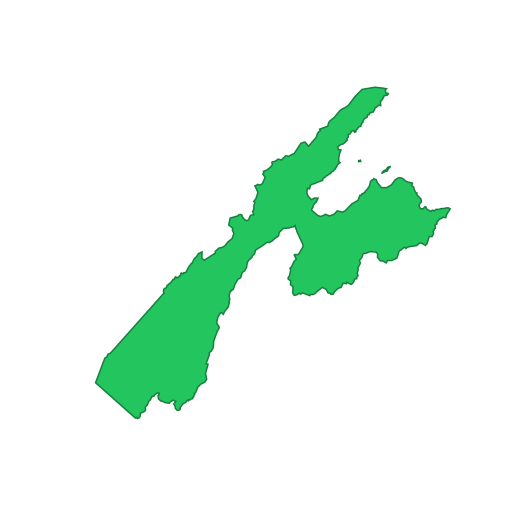 the district of Sveitarfélagið Skagafjörðu, Norðurland vestra, Iceland, rotated 67°
{"feature_id": "244011B28940040244957", "entity_name": "Sveitarfélagið Skagafjörðu", "entity_type": "district", "adm_level": 2, "iso_a3": "ISL", "parent_name": "Iceland", "parent_adm1": "Norðurland vestra", "projection": "mercator", "projection_center": [-19.345, 65.497], "detail": "fine", "context": "isolated", "style": "filled", "palette": "green", "viewbox_px": 512, "rotation_deg": 67, "n_neighbors": 0, "source": "geoboundaries", "source_scale": "gbopen_adm2", "svg_char_len": 6091}
<svg xmlns="http://www.w3.org/2000/svg" viewBox="0 0 512 512"><g transform="rotate(67 256 256)"><path d="M313.2,138.9L311.6,136.6L313.2,132.8L313.0,127.1L307.3,122.2L307.3,120.7L306.0,116.7L306.2,115.7L307.7,115.2L307.2,113.7L307.3,111.2L309.2,104.0L307.9,100.2L308.8,98.7L312.4,95.9L311.6,93.9L305.8,89.0L306.9,86.3L304.8,83.7L302.5,83.3L301.7,81.7L300.8,81.3L300.6,80.0L297.3,79.0L296.9,77.9L297.3,77.2L295.0,75.7L294.9,74.5L293.6,72.8L294.0,70.8L293.4,68.7L294.9,66.4L292.3,64.3L288.5,58.8L287.0,59.9L286.1,62.0L285.6,64.8L284.6,67.3L284.6,69.4L283.4,72.0L284.1,73.9L282.7,75.8L283.2,77.5L280.0,80.3L277.0,80.6L276.7,81.5L278.0,83.9L276.5,86.1L273.2,86.4L271.5,84.3L270.9,82.6L267.8,81.9L262.2,84.2L260.9,83.2L260.6,83.9L257.9,84.4L253.9,84.0L252.0,85.3L250.1,83.5L246.2,88.5L241.8,90.8L240.1,92.9L239.7,94.9L240.4,98.4L243.4,103.5L244.1,109.1L242.1,113.8L236.1,115.6L232.8,115.5L230.8,117.5L231.4,117.9L231.4,119.9L232.1,121.5L235.5,123.8L238.1,127.6L239.1,130.2L239.9,130.5L239.9,131.7L240.5,132.4L240.0,133.9L241.3,135.4L240.7,136.6L244.6,140.3L245.5,147.5L249.1,156.0L249.5,159.1L246.2,163.6L248.1,167.9L247.9,172.6L244.6,176.0L245.1,176.9L244.9,180.9L243.1,183.1L235.8,186.8L234.4,186.2L233.8,184.9L231.8,183.4L230.6,181.6L230.1,179.7L227.0,176.3L225.5,179.5L225.9,182.8L224.9,183.3L221.5,184.6L217.9,184.6L214.0,182.4L213.8,181.6L214.2,180.9L213.8,180.6L215.0,181.4L214.7,181.0L215.2,180.5L212.3,178.4L211.9,177.0L212.0,174.4L212.4,173.4L212.1,171.7L212.4,165.2L210.7,163.7L210.5,161.7L209.9,160.6L209.7,158.4L209.1,156.8L209.2,155.0L208.4,154.3L208.0,151.7L206.9,149.7L206.9,149.0L203.6,144.9L203.0,142.1L201.4,143.0L198.6,141.8L194.6,139.3L191.6,136.3L190.3,138.5L187.3,138.1L186.6,134.4L186.9,131.7L185.0,126.7L183.6,126.5L182.4,124.5L180.4,123.9L180.3,121.6L178.3,118.8L179.0,116.9L180.6,117.0L180.6,115.4L179.4,115.2L178.6,112.7L178.1,112.5L177.3,110.5L177.5,108.9L176.8,108.9L176.3,107.5L175.0,106.8L174.8,105.4L173.8,105.0L172.1,102.7L171.5,99.3L169.8,98.3L170.1,96.6L168.5,95.0L168.9,94.3L169.2,93.1L168.9,92.4L169.3,91.9L167.3,89.3L166.0,88.5L166.1,86.8L165.1,84.2L166.3,82.5L162.5,81.1L160.9,77.9L160.3,77.9L160.1,76.9L158.5,75.4L159.3,72.7L158.5,70.9L157.6,71.0L157.4,72.4L156.6,72.8L153.4,71.9L153.1,70.6L151.5,72.8L147.1,80.6L144.1,93.3L147.9,102.5L153.4,112.1L154.2,115.7L154.3,119.1L154.8,121.5L159.0,129.8L160.6,135.3L161.7,137.1L164.6,139.3L164.1,147.9L165.7,147.8L166.0,149.4L167.3,151.6L170.3,154.2L175.5,164.8L170.6,166.2L170.0,166.9L169.8,170.6L176.7,181.0L176.5,182.8L177.0,187.1L175.3,189.3L177.6,195.1L175.5,197.7L176.3,201.6L175.7,204.2L176.2,205.0L178.3,205.1L179.8,207.7L181.1,212.4L181.0,216.2L182.4,216.2L183.3,217.7L187.1,216.8L191.8,221.8L192.3,224.4L190.7,226.6L191.1,227.9L191.0,229.6L198.3,229.4L203.3,233.8L204.9,236.8L206.3,236.2L208.6,238.2L212.3,239.8L213.6,241.7L217.0,241.9L216.5,245.2L219.7,248.7L219.9,249.7L219.7,250.9L218.2,252.3L214.3,253.3L212.8,252.9L211.8,253.9L211.3,255.5L212.0,257.2L211.0,265.0L216.8,269.0L221.5,266.5L222.9,267.7L226.4,267.5L230.6,271.1L232.3,276.9L234.4,280.5L234.9,284.0L234.2,287.1L235.8,291.7L237.4,292.3L239.7,305.2L237.2,306.8L231.2,304.1L231.1,305.9L231.6,306.6L231.2,307.9L233.4,311.0L234.3,313.8L237.6,317.7L237.8,318.9L240.0,322.5L243.6,326.8L243.6,328.2L243.1,328.8L243.7,330.2L242.5,331.3L242.6,331.9L244.4,333.0L244.6,333.5L244.3,333.9L245.4,335.8L245.0,336.6L245.0,338.0L244.1,338.0L244.4,338.5L244.0,338.7L245.7,340.9L245.2,341.6L247.3,344.9L247.7,346.4L247.5,346.7L248.2,347.8L248.2,349.2L249.6,350.3L250.3,351.8L250.1,353.0L250.6,353.8L252.7,355.2L254.1,355.1L288.5,427.8L288.6,430.6L290.6,432.9L291.0,435.1L310.0,453.2L358.0,430.4L358.0,428.8L359.2,428.8L359.4,427.1L358.5,425.5L355.6,423.7L355.5,419.1L354.3,417.7L351.8,416.9L350.7,414.3L347.6,411.2L347.2,409.5L344.6,406.6L345.2,405.0L344.0,402.8L343.6,400.4L344.2,398.9L345.7,399.5L346.4,400.8L349.6,401.6L352.8,400.0L352.8,399.0L355.2,397.3L357.7,393.4L356.9,392.2L356.3,388.6L358.4,386.6L360.1,389.6L362.3,389.1L364.8,389.8L366.8,389.1L367.9,387.4L367.5,385.6L366.2,385.2L363.7,381.6L363.3,379.2L363.4,378.2L361.9,375.3L362.9,374.7L362.2,373.8L362.7,373.1L362.2,372.5L362.6,370.1L361.4,369.6L361.3,368.4L359.9,367.5L359.6,366.5L358.3,366.3L358.0,364.8L354.1,360.9L352.5,357.4L352.0,352.3L350.3,349.6L344.3,348.3L336.9,342.4L335.7,344.0L328.6,337.5L326.7,336.8L326.1,334.4L323.7,331.1L318.0,328.3L310.9,321.8L307.9,318.1L307.0,317.6L302.3,318.4L297.4,315.0L294.3,310.7L294.8,309.8L296.9,309.0L294.8,306.5L292.0,301.3L288.3,298.6L287.1,298.6L286.0,297.2L281.8,296.2L278.6,293.4L278.5,291.8L277.7,291.6L277.8,289.9L273.6,286.2L270.5,281.8L270.1,281.1L270.4,279.9L269.8,278.4L266.2,275.5L265.6,274.5L265.3,272.4L262.9,269.2L258.5,266.5L257.1,264.4L255.8,260.5L254.3,259.0L253.5,256.5L250.4,254.1L248.7,244.1L247.8,241.6L247.8,240.0L249.0,238.2L248.4,235.7L248.5,234.6L247.6,233.4L246.3,227.4L243.5,225.5L241.3,220.3L241.9,217.7L242.5,217.2L242.5,215.9L243.2,214.6L243.1,213.1L243.8,210.0L243.2,208.2L249.8,208.8L264.6,208.3L266.3,209.7L271.0,216.0L271.0,217.2L269.8,219.5L270.0,220.4L274.8,220.2L275.9,223.2L280.0,227.8L280.5,229.5L282.7,229.7L287.2,232.9L288.7,235.1L289.9,235.4L292.6,233.8L295.9,235.5L298.7,233.9L304.2,236.6L307.2,236.3L307.7,233.1L307.0,231.2L308.6,229.8L308.0,227.7L313.5,222.0L312.7,220.7L313.7,218.9L313.7,216.2L312.7,214.2L310.8,207.2L314.1,204.5L318.2,204.1L318.9,202.4L320.5,202.1L321.0,201.1L321.2,199.9L319.4,197.3L318.1,193.5L317.9,191.9L318.2,189.9L315.1,186.5L316.8,183.7L315.6,182.7L319.3,179.6L319.1,178.2L317.5,175.5L316.0,174.6L315.8,174.1L316.3,172.3L314.7,171.2L314.1,169.8L311.4,169.5L308.5,167.2L306.9,167.0L303.5,162.8L300.3,162.4L298.7,159.0L296.2,157.1L295.9,155.5L296.5,153.7L296.4,150.7L296.8,148.7L299.4,143.9L301.7,143.2L304.6,144.7L308.2,143.8L309.4,143.0L310.0,141.3L313.2,138.9ZM229.4,108.3L228.8,107.0L229.0,106.2L228.6,103.9L229.1,101.8L227.4,100.3L226.7,98.0L226.1,97.6L225.8,100.0L227.4,102.5L227.6,105.7L229.4,108.3ZM209.9,122.7L208.7,122.5L208.8,123.4L208.0,123.3L208.7,123.7L208.3,124.2L209.3,124.7L209.3,123.4L209.9,122.7Z" fill="#22c55e" stroke="#15803d" stroke-width="1.5"/></g></svg>